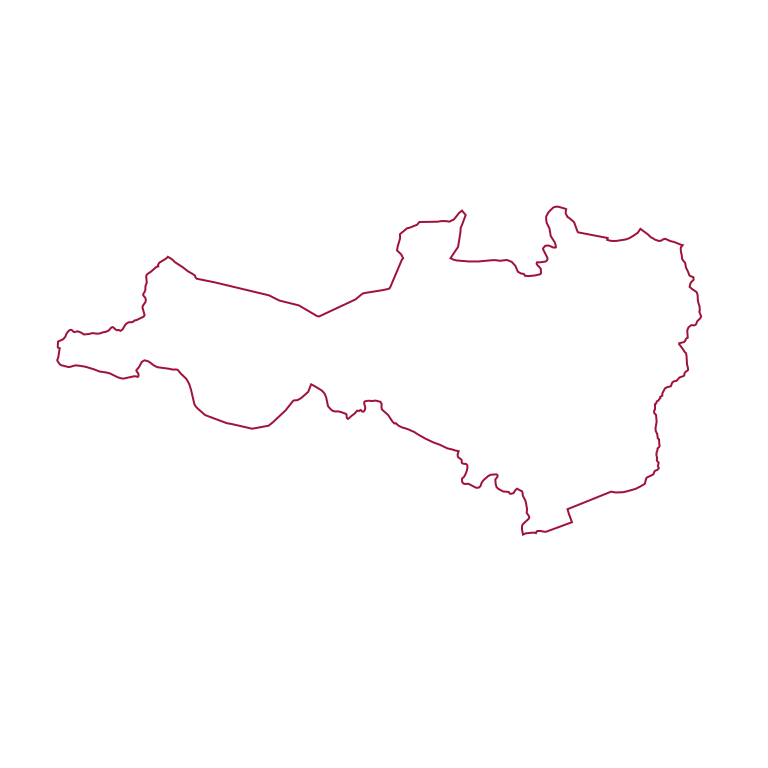 the district of Lomas de Sargentillo, Guayas, Ecuador, rotated 264°
{"feature_id": "8360857B38256129042157", "entity_name": "Lomas de Sargentillo", "entity_type": "district", "adm_level": 2, "iso_a3": "ECU", "parent_name": "Ecuador", "parent_adm1": "Guayas", "projection": "mercator", "projection_center": [-80.083, -1.835], "detail": "fine", "context": "isolated", "style": "outline", "palette": "rose", "viewbox_px": 768, "rotation_deg": 264, "n_neighbors": 0, "source": "geoboundaries", "source_scale": "gbopen_adm2", "svg_char_len": 6136}
<svg xmlns="http://www.w3.org/2000/svg" viewBox="0 0 768 768"><g transform="rotate(264 384 384)"><path d="M533.1,182.3L532.4,181.7L530.9,179.1L528.2,173.3L526.2,171.8L525.2,171.6L524.6,171.8L524.2,169.8L520.1,164.0L518.5,160.9L517.5,159.5L515.9,158.7L509.7,158.7L506.3,157.0L502.5,156.5L500.4,155.4L499.0,154.2L498.1,153.8L497.2,153.9L494.6,155.6L493.1,155.9L491.5,155.7L490.2,155.1L487.2,152.5L486.1,152.0L485.2,151.8L477.5,153.1L476.2,152.1L473.4,144.5L473.3,142.6L471.9,140.5L471.8,139.0L472.1,136.9L471.4,134.8L470.1,133.0L465.6,129.7L464.4,127.4L465.5,125.8L465.4,124.0L466.3,122.7L468.8,120.5L468.9,120.0L468.6,118.6L465.9,115.7L464.9,112.6L464.8,110.1L464.0,106.7L464.0,103.9L465.1,99.3L464.6,96.2L464.6,90.8L466.5,88.5L467.8,86.2L468.4,84.9L468.0,81.4L468.4,80.7L470.3,79.1L470.6,78.3L470.6,77.4L469.5,75.5L466.9,73.3L464.3,72.0L462.0,69.5L460.3,64.3L455.1,63.4L454.2,63.6L453.5,65.2L444.4,62.8L441.9,61.5L440.7,61.8L437.4,63.7L436.4,65.0L433.8,72.1L433.9,73.9L434.8,79.0L433.9,83.4L432.3,89.1L428.9,97.1L426.2,102.3L424.7,108.2L423.3,112.3L418.4,120.1L416.9,123.9L416.6,125.5L417.8,136.1L417.6,137.9L416.8,139.8L417.1,140.4L418.0,140.7L419.8,140.8L420.7,140.5L422.2,139.4L423.5,139.1L426.3,142.0L431.4,145.5L432.5,148.1L432.4,149.0L430.9,152.4L426.3,157.3L424.4,160.4L421.7,171.5L420.4,175.6L420.2,178.7L419.6,180.4L415.6,183.0L410.1,187.7L407.5,189.0L403.8,190.4L398.3,191.5L383.8,193.3L381.7,194.2L379.1,196.1L371.7,203.0L361.4,223.7L360.2,228.1L353.3,248.2L354.6,264.9L357.9,270.0L368.1,283.4L376.5,291.6L377.1,292.7L377.0,296.3L378.7,300.2L384.1,307.8L391.3,311.5L389.4,314.4L384.4,321.0L383.0,322.3L380.2,324.1L376.6,325.1L367.8,326.0L364.7,328.1L362.5,330.4L361.8,332.7L361.5,335.7L360.7,338.1L358.2,343.2L357.3,343.5L354.1,343.5L353.1,344.4L353.1,344.8L356.3,349.3L357.5,351.5L360.3,354.6L359.8,356.3L360.6,358.1L359.0,359.3L358.7,360.2L358.8,361.0L360.0,362.1L361.4,362.7L363.2,362.9L366.0,362.3L367.4,362.3L368.0,362.5L368.8,363.3L369.0,366.2L368.8,368.3L368.3,369.8L368.4,373.8L366.7,378.6L364.3,379.6L361.9,379.1L358.9,379.2L352.7,384.9L345.9,388.4L343.8,390.0L343.5,390.9L343.8,391.7L341.0,394.1L339.9,395.9L338.5,398.3L337.8,400.4L335.9,404.3L334.2,407.0L333.4,408.7L330.6,412.1L325.5,419.2L320.8,426.9L317.7,433.3L313.4,440.2L311.6,445.4L310.5,447.7L309.4,451.2L306.5,449.9L304.6,449.8L303.4,450.1L300.7,453.1L299.7,453.3L298.0,453.1L297.1,453.4L296.4,454.7L295.9,457.3L294.4,458.4L292.0,458.2L288.8,457.2L285.8,455.6L283.4,454.0L282.1,452.1L281.4,451.6L278.4,451.5L276.7,452.6L276.2,453.7L275.9,457.6L271.2,464.7L271.0,467.3L272.2,469.2L275.6,470.8L277.9,472.8L281.6,478.1L282.6,480.8L282.4,486.4L281.6,487.3L280.6,487.4L280.0,487.2L277.3,484.7L273.0,484.6L269.9,485.1L268.2,486.3L267.4,487.3L264.7,491.2L263.6,496.7L261.9,497.7L261.5,498.4L261.9,501.4L264.5,503.4L266.0,505.3L262.9,510.0L261.6,510.4L258.4,510.4L253.3,512.4L250.7,512.8L244.4,513.2L241.0,512.4L237.7,514.2L236.4,514.6L234.9,513.9L230.0,507.4L228.3,506.4L224.9,506.0L219.7,506.5L220.6,509.1L220.7,514.1L220.5,517.8L219.8,519.5L221.1,520.3L221.7,520.9L221.7,521.4L221.5,524.2L220.5,527.3L220.1,529.6L226.9,556.5L235.5,554.3L240.3,553.4L253.2,598.6L251.9,603.0L251.4,610.2L251.8,613.9L253.4,623.3L255.4,628.5L257.5,633.0L261.2,634.3L263.4,635.4L265.4,641.0L266.2,642.6L268.5,643.7L269.4,644.5L269.8,646.4L270.9,648.0L271.8,648.5L273.6,647.8L277.0,648.9L279.1,647.5L280.2,647.4L282.0,647.9L284.6,647.5L287.4,647.9L289.7,649.1L291.3,649.3L292.4,650.8L293.2,651.4L294.3,651.7L294.9,651.5L300.2,651.7L301.3,650.6L305.5,650.5L309.0,649.3L311.6,649.4L318.0,651.2L324.8,651.3L326.7,649.8L328.3,649.7L329.1,649.9L330.6,650.9L335.7,651.4L336.2,652.6L338.2,653.5L338.9,655.2L340.1,656.0L340.9,657.3L342.4,657.4L343.2,659.5L345.7,659.9L350.3,663.0L351.3,665.5L351.6,668.5L352.0,669.2L355.0,670.6L355.7,671.4L356.3,672.3L356.6,675.4L359.6,678.5L360.6,682.7L361.3,683.6L363.0,683.9L364.4,684.9L365.8,687.5L366.4,687.9L368.8,687.9L371.7,687.4L380.1,687.8L383.0,687.6L384.7,686.2L387.3,685.0L392.9,681.6L393.7,681.9L394.3,686.6L395.5,688.1L397.0,688.8L397.8,689.7L398.2,690.9L405.6,691.2L408.5,692.7L410.2,695.4L410.4,696.2L409.9,698.3L410.2,699.9L411.0,700.7L413.7,702.1L416.2,705.3L418.1,706.5L422.9,705.1L424.1,705.8L428.5,705.9L432.4,705.0L435.1,704.9L439.6,705.2L442.3,704.7L443.1,704.1L446.2,700.4L448.6,698.1L452.1,699.3L453.1,700.1L455.3,702.8L457.8,702.9L459.5,699.7L460.1,699.1L464.5,697.9L468.1,696.5L472.8,696.2L477.0,693.6L480.7,693.6L484.7,693.1L487.3,693.2L488.9,693.6L490.9,695.5L491.4,694.0L494.9,687.4L496.3,683.5L499.0,679.0L498.6,676.4L497.7,675.1L497.5,673.7L497.6,672.1L499.3,668.5L501.2,666.2L501.8,664.9L505.4,661.9L511.5,655.2L507.9,652.2L505.2,647.2L503.4,643.3L502.5,639.6L502.0,630.0L502.3,626.5L502.9,623.7L504.1,621.0L505.8,621.7L514.5,593.0L515.0,592.6L516.8,592.0L524.2,590.2L525.5,589.6L530.0,585.3L530.7,584.1L534.6,582.5L536.6,582.8L538.8,583.5L539.4,582.5L542.1,575.9L542.4,573.8L541.9,570.9L539.3,567.5L537.2,565.2L533.6,562.8L531.2,562.5L527.3,562.6L521.4,564.8L513.7,565.3L507.0,568.6L504.2,569.2L502.0,569.2L501.8,568.9L502.0,566.6L504.1,563.1L504.6,561.7L504.6,558.8L502.4,556.5L502.0,556.3L501.3,556.3L492.7,559.6L491.0,559.7L490.0,559.1L488.9,557.5L488.7,551.8L489.0,548.9L487.6,548.3L485.7,549.3L484.3,550.6L482.0,552.0L477.6,551.7L476.8,550.6L476.2,545.9L476.2,542.9L476.2,538.5L476.7,537.1L476.7,535.7L478.9,534.5L479.5,532.0L481.5,529.1L482.7,528.5L487.8,527.0L492.1,523.8L494.5,519.2L494.4,512.0L495.4,508.5L495.8,505.3L496.0,490.3L497.0,481.2L499.3,469.0L500.6,465.7L502.2,463.3L512.6,472.0L527.0,475.9L531.5,476.6L533.3,477.8L543.5,482.9L548.3,479.7L546.2,476.5L540.4,470.8L538.6,466.0L539.4,463.1L539.8,460.5L540.0,458.2L539.8,454.2L541.4,436.1L538.9,433.5L536.6,425.2L536.5,423.3L531.3,415.5L527.4,415.3L519.3,412.0L515.5,410.9L511.4,414.4L509.8,415.2L507.0,416.2L505.8,414.8L479.4,400.2L478.4,399.3L477.9,396.7L477.5,392.5L476.4,373.0L475.7,371.4L471.1,364.5L458.0,326.6L458.4,324.7L471.0,307.7L478.0,288.5L484.2,278.9L502.8,226.2L508.3,208.7L510.1,207.5L511.6,207.3L513.3,205.4L516.6,200.8L521.3,195.9L527.1,188.7L529.4,187.0L531.2,185.0L533.1,182.3Z" fill="none" stroke="#9f1239" stroke-width="2"/></g></svg>